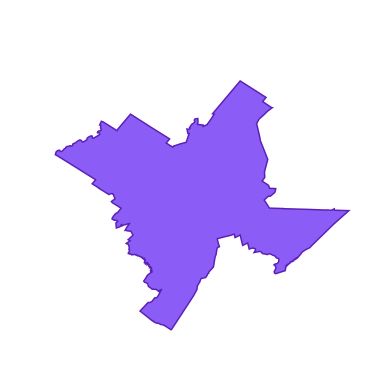 Ugāles pag., Ventspils, Latvia (Natural Earth projection), rotated 138°
{"feature_id": "27541924B38189236696308", "entity_name": "Ugāles pag.", "entity_type": "district", "adm_level": 2, "iso_a3": "LVA", "parent_name": "Latvia", "parent_adm1": "Ventspils", "projection": "natural_earth1", "projection_center": [21.987, 57.232], "detail": "fine", "context": "isolated", "style": "filled", "palette": "violet", "viewbox_px": 384, "rotation_deg": 138, "n_neighbors": 0, "source": "geoboundaries", "source_scale": "gbopen_adm2", "svg_char_len": 5889}
<svg xmlns="http://www.w3.org/2000/svg" viewBox="0 0 384 384"><g transform="rotate(138 192 192)"><path d="M81.9,242.3L124.4,236.4L123.4,235.0L129.7,233.3L135.4,232.1L135.7,231.8L136.7,232.3L139.9,233.3L138.9,234.3L141.1,236.7L141.4,237.2L142.6,238.4L140.4,240.4L138.5,242.7L140.6,244.2L141.7,244.2L142.3,243.8L142.6,242.8L143.3,242.3L144.6,242.1L147.0,242.5L150.7,241.5L150.6,240.7L152.2,240.5L153.6,242.2L155.9,238.3L155.0,237.4L163.1,232.8L167.8,235.3L174.4,238.2L174.5,238.4L176.2,238.1L176.6,239.6L177.3,241.5L178.4,245.6L173.1,246.4L179.1,267.4L185.6,291.0L206.1,288.2L206.5,288.1L206.7,287.9L211.1,303.4L212.0,305.2L215.8,303.6L215.5,303.3L215.3,302.6L215.6,302.0L216.9,301.0L217.3,300.4L217.5,299.5L217.9,298.9L218.4,298.7L218.8,298.7L220.3,299.7L221.3,299.9L222.4,299.6L222.6,299.2L221.7,298.6L221.5,298.2L221.5,297.6L221.8,296.9L222.0,296.6L222.9,296.6L223.9,296.9L225.5,297.0L228.5,297.8L229.7,298.2L229.9,298.6L229.8,299.0L229.3,299.5L228.8,300.4L229.0,300.8L229.6,301.3L230.4,301.6L233.0,302.2L233.7,302.1L235.5,301.3L236.0,301.3L239.2,301.9L240.0,302.5L239.7,304.3L240.5,305.7L240.9,305.9L243.2,306.4L245.8,306.5L247.8,307.4L248.7,307.3L249.2,306.6L249.6,306.5L250.8,306.6L251.2,307.0L251.2,307.5L251.8,308.0L253.6,308.8L254.8,309.6L256.0,309.6L256.7,309.3L257.2,309.3L258.2,309.5L261.3,309.2L261.8,309.3L262.6,310.1L262.7,310.4L262.4,311.4L262.4,311.7L262.6,311.9L264.3,312.7L264.9,312.8L266.2,312.7L268.6,311.2L268.0,309.6L255.4,265.6L260.7,264.9L258.6,257.5L258.8,257.4L255.5,246.0L255.4,246.0L255.2,245.5L253.7,245.3L252.0,243.7L252.2,243.3L252.0,243.2L253.8,238.4L258.2,238.9L258.1,238.3L258.5,237.7L255.5,227.4L260.6,226.5L263.4,227.1L266.7,226.6L269.3,225.7L269.5,225.4L268.6,222.9L268.0,222.6L267.2,221.2L266.7,220.4L267.0,219.8L269.3,219.9L272.3,215.9L268.8,214.4L267.9,214.2L267.3,214.7L265.4,215.2L267.2,214.6L267.8,214.2L266.5,213.6L264.0,212.9L263.4,212.3L261.8,211.6L261.1,211.2L259.7,210.5L261.8,209.8L263.3,209.7L267.4,208.2L267.0,207.9L265.8,206.1L263.7,203.8L264.7,199.4L271.4,199.3L270.7,197.1L275.3,197.8L275.0,196.9L274.5,196.4L274.4,196.2L274.6,195.2L274.9,194.7L274.8,194.0L275.6,193.3L275.8,192.6L276.2,192.2L277.3,191.6L277.2,191.0L277.9,190.2L278.7,189.7L279.7,189.5L280.4,189.1L280.5,188.9L280.0,188.5L280.1,188.4L280.1,187.9L279.9,187.6L279.0,187.1L278.9,186.9L279.0,185.9L278.8,185.5L277.9,185.1L277.4,184.6L276.4,184.0L276.4,183.8L276.1,183.5L275.9,183.0L275.5,182.9L275.5,182.7L275.7,182.4L275.1,181.8L275.3,181.1L274.6,180.8L274.2,179.7L274.2,179.3L273.7,178.7L273.6,178.1L272.9,177.5L273.2,176.9L272.6,176.3L273.1,175.7L272.8,174.9L272.1,174.8L272.7,174.1L272.0,173.3L272.7,173.0L272.4,172.6L272.5,172.4L273.1,172.3L274.6,171.5L274.8,171.1L274.4,170.6L273.7,170.5L273.2,170.0L273.3,169.9L274.4,169.4L273.2,168.8L272.5,169.0L272.7,168.7L273.9,167.9L272.4,167.4L272.4,167.1L272.6,166.5L273.1,166.2L273.6,166.1L273.8,165.8L273.8,165.4L273.1,164.5L273.7,164.1L274.1,164.0L273.6,163.5L272.8,163.2L272.8,162.7L273.0,162.5L273.9,162.4L274.5,161.9L274.6,161.6L274.1,161.3L274.4,160.9L274.5,160.8L275.5,161.3L275.9,160.6L274.8,160.2L274.6,160.1L274.6,159.9L275.6,159.7L275.6,159.4L277.1,159.7L280.6,160.0L284.9,158.7L287.5,158.1L287.6,156.7L286.7,155.0L286.4,153.2L287.6,150.9L287.1,149.2L286.7,146.4L283.9,143.8L283.2,140.1L282.3,140.7L279.4,139.9L280.9,139.6L286.0,137.7L287.7,137.2L288.9,137.1L290.5,138.3L295.0,137.5L297.1,138.0L298.6,139.3L310.3,138.3L307.7,122.9L307.1,122.6L307.1,122.3L307.4,121.7L307.0,120.4L306.4,118.8L304.7,116.7L303.9,114.4L303.0,113.5L302.7,112.8L301.7,111.3L301.7,110.5L301.5,109.8L301.3,109.5L299.8,103.7L299.2,103.6L294.4,104.8L260.5,113.8L253.6,116.2L251.0,118.5L248.1,119.5L246.9,119.7L245.3,120.6L243.2,121.6L239.0,119.3L236.0,120.1L234.9,120.8L233.9,120.5L232.8,121.3L226.3,121.9L218.0,128.5L216.7,129.0L215.6,129.7L211.0,133.5L209.6,133.5L208.2,133.0L207.0,135.8L204.7,140.2L204.4,140.3L198.4,137.3L193.4,134.5L188.8,132.4L190.5,129.3L185.0,127.8L190.1,118.4L184.7,116.9L187.7,111.3L186.6,110.9L184.3,109.7L183.6,108.4L183.0,107.8L183.0,107.1L183.4,106.6L184.2,106.2L186.4,105.5L181.7,102.7L180.9,102.0L180.6,101.3L180.9,100.8L180.7,98.8L179.5,97.5L178.0,95.2L175.8,94.4L175.4,94.0L174.5,91.6L173.2,88.9L173.2,88.0L173.4,87.0L173.3,86.5L172.9,85.6L172.3,85.0L172.3,84.8L172.3,84.3L172.6,83.7L174.0,82.4L175.1,81.9L176.8,81.9L177.8,82.5L178.7,82.9L179.6,83.1L179.9,82.9L179.5,82.4L179.4,81.9L179.8,81.2L180.0,79.9L180.3,79.5L181.6,78.8L183.0,78.3L184.4,77.7L184.6,76.9L184.9,76.5L184.5,75.3L175.4,71.2L174.8,71.7L173.5,72.5L173.2,72.9L172.6,73.3L172.6,73.6L172.4,73.7L172.3,73.8L172.1,73.9L171.9,74.0L171.7,73.9L171.7,74.1L171.5,73.9L171.4,73.9L171.0,73.6L170.7,73.8L170.8,73.8L170.2,74.0L170.1,73.8L169.8,73.9L169.8,74.0L169.6,73.8L169.0,74.0L168.8,73.8L168.7,74.0L168.6,73.9L167.8,73.9L167.3,73.7L166.9,73.8L166.8,73.7L166.5,73.9L166.3,73.8L166.1,74.0L165.8,73.9L165.7,74.0L165.5,73.8L165.0,74.0L164.9,73.8L164.4,73.7L163.9,73.5L164.0,73.3L163.7,73.3L163.5,73.1L163.0,73.3L162.8,73.1L162.9,73.3L162.6,73.3L162.5,73.5L162.1,73.2L161.8,73.3L161.9,73.1L161.5,73.2L161.3,73.1L161.2,73.2L160.6,72.9L160.1,73.1L160.1,72.8L159.9,72.7L159.8,72.8L159.6,72.7L159.2,73.1L159.0,72.8L158.7,72.8L158.4,73.0L158.0,72.7L157.9,72.7L158.0,72.8L157.9,73.0L157.5,72.8L157.6,72.6L157.0,72.7L156.7,72.5L156.3,72.8L155.8,72.7L153.8,73.0L153.0,73.0L151.9,73.4L149.9,73.6L145.4,72.9L142.1,71.9L140.4,71.9L138.3,72.1L108.7,73.3L87.9,73.2L98.4,83.2L97.5,84.3L100.7,85.2L103.7,88.4L104.9,89.3L115.8,99.9L135.3,118.5L135.2,118.6L144.9,127.9L145.2,128.3L144.1,135.1L143.8,137.6L143.6,137.6L143.4,137.8L138.1,137.7L136.7,136.5L131.0,136.2L129.3,137.1L127.5,138.5L131.9,142.9L130.6,145.7L132.6,153.1L128.1,154.2L124.6,158.5L113.9,165.5L106.8,184.5L104.8,187.6L98.8,198.5L98.5,199.4L95.7,200.5L93.3,201.3L85.7,201.3L81.9,201.5L76.1,201.0L76.3,201.2L79.0,211.9L73.7,212.7L81.9,242.3Z" fill="#8b5cf6" stroke="#5b21b6" stroke-width="1.5"/></g></svg>